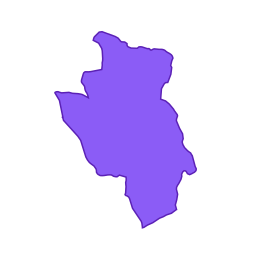 the District of Braga, rotated 255°
{"feature_id": "PRT-749", "entity_name": "Braga", "entity_type": "District", "adm_level": 1, "iso_a3": "PRT", "parent_name": "Portugal", "parent_adm1": "", "projection": "natural_earth1", "projection_center": [-8.294, 41.571], "detail": "fine", "context": "isolated", "style": "filled", "palette": "violet", "viewbox_px": 256, "rotation_deg": 255, "n_neighbors": 0, "source": "natural_earth", "source_scale": "10m", "svg_char_len": 2189}
<svg xmlns="http://www.w3.org/2000/svg" viewBox="0 0 256 256"><g transform="rotate(255 128 128)"><path d="M155.3,67.4L155.3,67.9L172.4,68.9L180.9,66.5L181.4,67.0L181.5,68.3L181.2,69.8L180.1,71.3L179.1,73.0L177.7,80.2L175.9,83.3L174.1,88.6L173.0,91.0L172.1,92.6L167.5,97.5L170.2,97.6L172.8,97.2L174.0,96.7L175.5,96.5L177.0,96.5L178.8,96.8L180.2,96.6L184.0,95.0L185.3,95.1L186.7,95.7L191.8,98.8L192.8,99.6L193.4,101.1L192.5,104.2L192.1,106.6L191.3,117.8L195.4,119.4L197.6,119.9L199.6,120.9L201.5,121.5L209.2,123.1L211.7,123.2L217.6,121.6L221.7,117.1L223.7,118.2L224.8,119.2L228.1,125.0L227.7,127.9L219.8,139.2L217.4,141.7L213.6,143.4L212.9,144.1L211.9,147.1L209.8,148.9L208.3,148.5L207.3,148.6L206.3,149.2L204.4,151.7L202.6,157.6L203.5,159.5L203.3,160.8L202.7,162.5L199.7,167.1L199.2,168.9L198.3,169.6L197.6,169.8L197.2,170.7L197.6,172.4L197.7,173.7L196.0,178.2L195.3,180.7L194.9,181.7L194.2,182.9L193.2,183.9L192.2,184.5L190.8,185.7L190.0,186.6L189.0,187.6L187.5,188.8L186.0,189.4L183.9,189.5L181.6,187.7L177.3,185.4L175.2,185.9L168.8,183.3L161.7,178.2L162.1,176.0L161.3,174.4L157.3,170.5L147.4,167.0L144.4,171.3L140.4,174.1L134.3,176.9L132.9,177.2L128.2,179.0L126.9,179.0L124.2,177.2L122.5,176.6L114.3,177.7L108.3,179.2L103.3,178.5L101.9,177.5L100.4,176.7L97.9,176.7L94.5,177.5L90.7,179.6L89.2,180.7L87.7,182.0L86.1,182.4L84.6,182.9L73.3,182.9L71.4,183.3L70.7,183.3L69.2,182.6L68.1,180.8L67.3,177.5L67.0,175.5L68.5,173.6L70.5,173.1L71.6,172.5L72.2,171.1L71.5,169.6L69.6,167.9L67.3,167.4L64.6,165.8L61.1,162.5L59.9,161.1L58.2,159.6L56.2,158.9L51.2,158.8L46.1,156.5L41.4,153.8L36.7,153.8L36.7,153.6L34.4,147.9L34.1,142.7L33.2,139.2L32.7,135.0L30.1,127.4L29.2,121.7L27.9,117.6L27.9,116.1L28.8,116.3L32.7,116.8L34.6,116.6L49.2,111.6L59.4,111.2L61.1,110.8L62.6,109.6L63.3,108.5L64.3,107.9L65.9,108.9L71.8,110.9L75.8,111.6L78.0,112.7L79.8,113.2L81.1,113.4L84.7,107.5L83.7,104.8L84.2,103.3L85.1,101.6L86.9,99.9L87.5,98.2L87.9,96.4L88.3,92.6L88.7,90.6L89.3,88.8L90.9,87.1L91.9,86.5L93.5,86.1L95.2,86.5L96.8,86.5L100.1,85.3L103.6,82.5L105.1,81.6L107.9,80.5L110.9,79.8L128.3,79.1L133.1,77.4L152.0,67.7L154.5,67.7L155.2,67.4L155.3,67.4Z" fill="#8b5cf6" stroke="#5b21b6" stroke-width="1.5"/></g></svg>